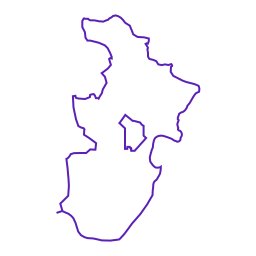 outline of As Sabrah, Ibb, Yemen
{"feature_id": "15242507B42935945407521", "entity_name": "As Sabrah", "entity_type": "district", "adm_level": 2, "iso_a3": "YEM", "parent_name": "Yemen", "parent_adm1": "Ibb", "projection": "robinson", "projection_center": [44.337, 13.842], "detail": "fine", "context": "isolated", "style": "outline", "palette": "violet", "viewbox_px": 256, "rotation_deg": 0, "n_neighbors": 0, "source": "geoboundaries", "source_scale": "gbopen_adm2", "svg_char_len": 4636}
<svg xmlns="http://www.w3.org/2000/svg" viewBox="0 0 256 256"><path d="M75.4,95.8L72.9,96.2L73.5,107.3L74.5,112.2L75.2,115.4L76.0,119.3L77.5,123.5L78.4,126.1L81.3,127.6L83.6,128.2L84.5,129.4L84.2,130.3L84.0,134.7L87.9,137.2L89.7,138.4L94.3,141.8L96.1,143.2L95.4,149.7L93.1,149.6L90.3,149.4L86.2,153.0L80.7,153.0L75.5,153.1L74.1,153.1L70.6,154.2L70.1,155.4L69.4,156.3L68.4,157.6L67.4,158.4L66.4,158.9L67.5,167.6L68.1,174.4L68.5,178.8L68.9,185.8L68.2,195.8L66.4,197.6L60.3,203.6L62.4,210.9L62.3,211.0L63.4,211.6L63.7,211.7L66.1,212.8L68.2,213.6L71.2,215.8L73.3,218.1L75.4,222.6L75.5,222.8L77.0,227.7L77.5,229.2L78.0,230.9L78.2,231.5L80.9,235.1L84.3,237.1L87.5,238.1L92.4,238.4L94.1,238.6L94.8,238.8L95.8,239.0L99.0,239.7L101.8,240.4L102.8,240.4L106.6,240.5L107.4,240.5L110.1,240.6L110.3,240.6L119.0,239.5L119.9,238.8L124.0,234.4L128.3,228.7L132.0,223.6L140.4,214.0L147.3,204.2L150.4,198.8L152.5,195.2L152.8,189.7L153.1,188.1L153.2,186.2L153.3,184.6L153.6,183.1L154.5,181.4L155.1,180.9L156.0,180.2L156.7,179.5L157.2,178.8L157.6,178.1L158.0,177.3L158.5,176.5L159.0,175.7L159.4,174.9L159.8,174.1L160.1,173.1L160.3,172.3L160.4,171.4L160.6,170.5L160.6,169.7L160.8,168.7L160.8,167.8L160.8,166.8L160.3,167.2L158.4,167.6L157.4,167.7L155.6,167.5L154.7,167.0L153.4,165.8L152.2,164.4L151.4,163.2L150.4,161.9L150.1,160.5L150.0,159.3L150.0,159.1L149.8,158.2L149.9,157.2L150.1,156.2L150.3,155.3L150.5,154.4L150.8,153.6L150.9,152.7L151.3,151.9L151.4,151.4L151.4,151.0L151.7,150.2L152.0,149.3L152.4,148.5L152.8,147.6L152.9,146.6L153.0,145.5L153.1,144.6L153.2,143.7L153.4,142.8L153.6,141.9L153.8,140.9L154.1,140.1L154.5,139.2L154.9,138.4L155.4,137.7L156.2,137.2L156.9,136.7L157.8,136.3L158.6,135.9L159.5,135.9L160.4,135.7L161.1,135.7L161.9,135.7L162.8,135.8L163.5,136.0L164.4,136.2L165.3,136.5L166.1,136.8L167.0,137.1L167.8,137.3L168.7,137.7L169.6,138.0L170.4,138.3L171.1,138.6L171.9,139.0L172.8,139.5L173.4,140.0L174.2,140.5L175.0,140.8L175.7,141.0L176.0,141.1L176.9,141.6L177.6,141.7L178.6,141.5L179.3,141.1L179.9,140.5L180.4,139.8L180.5,138.9L180.5,138.1L180.9,137.3L181.3,136.6L181.7,135.8L181.9,134.9L181.8,134.0L181.8,133.5L181.4,132.6L181.0,131.8L180.4,131.1L179.9,130.8L179.5,130.7L178.8,130.4L178.5,130.2L178.2,129.8L178.0,129.6L178.0,129.1L178.1,128.7L178.2,128.1L178.3,127.8L178.2,127.6L177.8,126.8L177.7,125.8L177.4,125.0L177.3,124.0L177.6,123.2L177.8,122.4L178.1,121.4L178.6,120.7L178.5,119.9L178.4,119.7L178.2,119.5L177.8,119.2L177.8,117.8L178.1,117.0L179.2,113.7L179.9,113.3L180.6,112.8L181.3,112.4L182.1,112.2L182.9,111.9L183.6,111.5L184.3,110.9L184.9,110.4L185.5,109.6L186.0,108.9L186.5,108.2L186.9,107.4L187.2,106.5L187.4,105.8L189.8,102.9L192.2,98.7L193.6,96.3L195.7,93.4L198.6,91.9L199.0,91.8L199.2,91.0L199.2,90.1L199.4,89.1L199.3,88.5L199.1,87.4L198.6,85.9L196.3,84.8L193.8,83.9L192.6,83.6L186.3,82.0L184.2,81.2L182.8,80.7L181.4,80.0L175.3,76.9L173.3,75.9L170.7,71.8L171.0,66.9L172.1,66.0L172.1,65.3L171.3,64.1L168.4,65.0L165.0,64.4L161.8,65.1L158.3,64.4L156.3,61.2L153.4,59.9L150.8,59.3L149.1,58.7L148.0,56.4L148.0,52.9L147.4,49.2L147.8,48.4L147.9,47.9L147.8,47.4L147.6,47.1L146.6,45.4L146.5,45.2L145.6,43.9L146.5,43.3L147.9,43.6L148.8,41.0L148.8,38.5L144.8,37.5L143.4,37.3L138.4,37.0L137.3,36.8L133.2,34.3L132.4,32.1L131.7,30.3L129.8,25.7L125.2,22.8L122.9,19.8L120.8,17.7L118.0,16.1L115.4,15.4L115.0,15.6L114.2,15.8L113.4,15.9L113.1,16.0L111.5,17.3L109.1,18.6L108.2,19.7L106.2,20.4L103.3,21.6L100.9,21.4L99.0,21.3L97.8,21.0L94.8,20.4L91.6,20.3L90.3,20.3L89.6,19.9L89.2,19.8L88.6,19.3L88.0,18.8L85.4,18.8L84.7,18.7L84.2,18.4L83.7,18.5L82.3,21.0L82.3,27.1L83.4,29.2L84.9,32.2L85.5,37.7L87.5,40.6L90.4,40.6L92.7,41.2L95.2,41.8L99.0,42.8L101.3,43.8L104.8,45.3L106.2,46.7L107.7,48.2L109.1,51.0L110.0,52.7L111.7,56.9L111.7,58.5L110.4,58.0L109.1,59.0L110.9,64.9L109.4,66.7L108.0,68.4L107.0,69.2L104.9,70.8L102.9,72.3L101.7,73.1L103.2,74.9L104.9,76.7L105.8,79.9L106.6,82.9L105.5,84.7L104.4,86.7L102.8,89.4L101.9,93.1L99.6,96.7L98.7,98.5L98.4,98.1L95.9,98.1L94.9,95.5L93.7,94.1L91.5,94.4L90.1,94.9L89.9,97.1L85.1,99.0L78.2,98.5L75.8,97.7L75.4,95.8ZM125.0,148.9L125.0,128.3L122.3,125.8L119.9,123.5L119.4,123.1L121.0,121.0L123.8,117.1L125.3,114.9L132.7,120.9L133.5,120.8L136.3,121.5L138.4,122.1L139.9,122.4L140.5,122.9L141.0,123.7L141.4,124.3L142.1,124.9L142.8,125.4L143.6,125.8L143.6,135.7L146.1,138.0L143.4,141.1L140.8,143.9L139.1,145.9L134.8,150.6L134.7,150.8L131.2,150.8L131.1,149.8L131.2,149.5L131.3,148.8L131.2,148.4L131.0,148.5L131.0,148.8L130.8,148.9L130.4,148.2L129.8,146.9L127.4,146.9L127.4,147.4L127.3,148.9L125.0,148.9ZM62.3,211.0L58.0,212.4L57.2,212.6L56.6,212.9L62.3,211.0Z" fill="none" stroke="#5b21b6" stroke-width="2"/></svg>